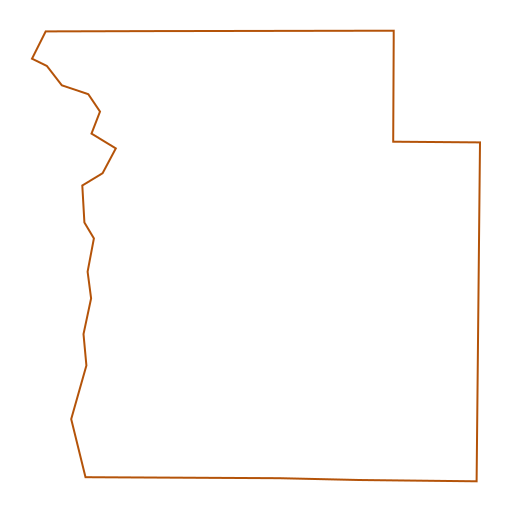 Parke, Indiana, United States of America (Robinson projection)
{"feature_id": "52423323B17417544173704", "entity_name": "Parke", "entity_type": "district", "adm_level": 2, "iso_a3": "USA", "parent_name": "United States of America", "parent_adm1": "Indiana", "projection": "robinson", "projection_center": [-87.293, 39.779], "detail": "fine", "context": "isolated", "style": "outline", "palette": "amber", "viewbox_px": 512, "rotation_deg": 0, "n_neighbors": 0, "source": "geoboundaries", "source_scale": "gbopen_adm2", "svg_char_len": 428}
<svg xmlns="http://www.w3.org/2000/svg" viewBox="0 0 512 512"><path d="M480.0,142.4L393.2,141.7L393.7,40.2L393.7,30.7L153.2,31.1L45.7,31.4L32.0,58.7L46.9,66.0L61.8,85.3L88.3,94.2L100.0,111.6L91.5,133.6L115.8,148.4L102.6,173.2L82.3,185.5L84.4,222.5L93.9,238.4L87.6,271.7L91.1,298.4L83.5,334.1L86.4,365.5L71.2,419.1L85.5,477.2L279.7,478.2L358.9,480.0L476.6,481.3L480.0,142.4Z" fill="none" stroke="#b45309" stroke-width="2"/></svg>